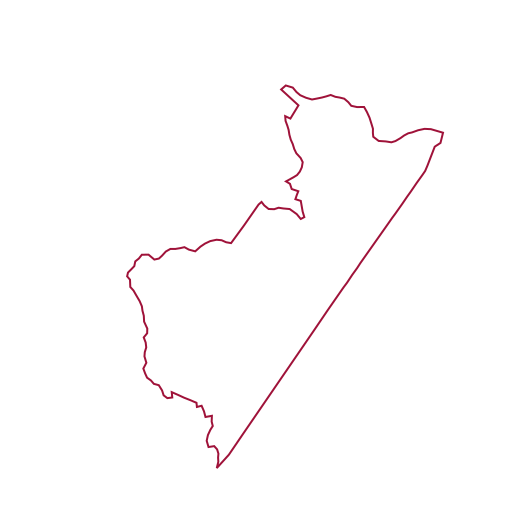 Siderópolis, Santa Catarina, Brazil, rotated 301°
{"feature_id": "56859067B27170583635487", "entity_name": "Siderópolis", "entity_type": "district", "adm_level": 2, "iso_a3": "BRA", "parent_name": "Brazil", "parent_adm1": "Santa Catarina", "projection": "albers", "projection_center": [-49.514, -28.569], "detail": "fine", "context": "isolated", "style": "outline", "palette": "rose", "viewbox_px": 512, "rotation_deg": 301, "n_neighbors": 0, "source": "geoboundaries", "source_scale": "gbopen_adm2", "svg_char_len": 2196}
<svg xmlns="http://www.w3.org/2000/svg" viewBox="0 0 512 512"><g transform="rotate(301 256 256)"><path d="M54.0,331.6L71.7,335.1L96.5,336.5L221.7,344.0L246.9,345.4L274.2,347.2L280.1,347.8L289.5,348.2L297.7,348.9L303.6,349.1L351.5,352.6L358.8,353.1L363.9,353.6L375.9,354.5L384.7,355.0L390.8,355.5L401.3,356.1L411.1,356.9L416.0,357.2L421.8,356.4L441.8,352.9L447.9,355.9L453.8,354.1L458.0,352.8L456.4,346.7L454.8,340.6L451.8,335.0L447.3,330.2L442.3,326.1L439.6,323.3L435.6,320.9L431.4,319.1L426.3,316.3L423.2,313.5L421.0,308.1L417.8,301.9L418.6,295.1L421.7,292.8L425.3,290.7L428.3,287.4L433.0,282.1L436.5,277.0L439.4,271.9L435.7,265.9L433.8,260.3L435.4,255.9L436.3,250.6L434.9,246.1L433.3,242.0L432.5,237.1L429.0,234.0L425.8,230.9L422.3,227.1L419.0,223.4L417.4,217.4L416.6,211.1L417.4,206.2L419.3,200.8L417.5,193.7L411.7,191.8L407.0,214.8L391.5,214.7L390.9,209.0L387.0,211.8L383.7,215.9L380.9,219.0L377.1,222.2L373.6,225.9L370.9,229.8L367.4,233.7L364.8,237.7L363.0,243.8L360.5,247.7L355.6,249.6L350.9,250.1L346.5,249.5L343.0,247.7L335.4,243.3L335.4,247.9L331.8,252.1L333.3,258.9L329.1,259.6L325.0,260.5L326.3,266.0L322.5,269.3L318.1,273.1L314.2,277.4L310.8,275.3L312.9,269.3L313.6,260.7L310.8,254.9L309.0,250.5L305.5,247.5L302.8,242.6L303.6,237.0L305.2,232.9L301.4,231.7L276.2,230.0L254.2,228.0L252.4,223.3L251.8,218.4L249.6,213.8L245.2,209.1L240.4,205.9L235.5,203.6L228.7,201.5L226.9,195.2L226.7,190.1L223.8,187.1L220.4,183.1L218.0,179.0L213.4,176.4L207.9,175.3L203.8,174.1L200.6,170.7L201.8,163.2L198.3,157.5L193.5,156.9L189.2,155.3L184.6,156.9L179.8,155.8L175.9,154.8L172.2,156.0L170.8,160.2L164.7,164.2L163.3,168.8L161.0,172.9L157.4,179.5L154.1,184.1L150.6,186.9L147.0,190.6L142.1,193.9L137.8,200.2L133.7,202.5L128.4,201.7L125.0,206.0L121.1,209.0L116.3,210.2L112.5,212.1L108.0,217.0L101.5,217.4L98.2,221.5L95.6,225.3L95.2,230.1L93.8,234.3L95.2,239.2L92.4,244.7L89.0,248.6L88.5,253.2L91.6,257.1L95.9,253.9L96.8,260.8L97.5,267.3L98.5,273.3L99.5,280.6L96.2,283.1L99.6,286.5L96.1,291.4L92.0,295.6L96.3,300.5L91.2,303.3L88.0,306.5L83.5,306.4L77.8,307.0L72.2,308.9L67.8,313.7L71.5,318.1L70.2,322.3L67.2,325.6L63.7,327.3L60.2,329.7L54.0,331.6Z" fill="none" stroke="#9f1239" stroke-width="2"/></g></svg>